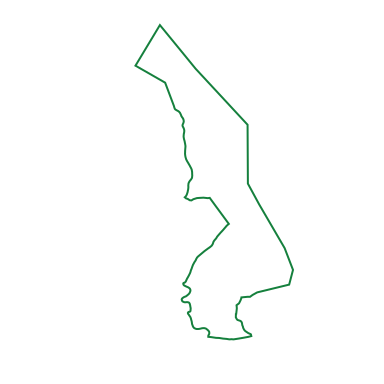 outline of Lombard, Praslin, Saint Lucia, rotated 50°
{"feature_id": "8701671B23610017259246", "entity_name": "Lombard", "entity_type": "district", "adm_level": 2, "iso_a3": "LCA", "parent_name": "Saint Lucia", "parent_adm1": "Praslin", "projection": "albers", "projection_center": [-60.914, 13.857], "detail": "fine", "context": "isolated", "style": "outline", "palette": "green", "viewbox_px": 384, "rotation_deg": 50, "n_neighbors": 0, "source": "geoboundaries", "source_scale": "gbopen_adm2", "svg_char_len": 5908}
<svg xmlns="http://www.w3.org/2000/svg" viewBox="0 0 384 384"><g transform="rotate(50 192 192)"><path d="M310.8,206.6L325.4,177.1L316.6,164.7L294.5,157.1L244.6,148.5L221.5,143.8L176.2,106.2L99.9,110.0L77.5,109.7L43.5,109.3L58.9,154.1L91.0,142.3L114.6,150.6L115.2,150.9L116.1,151.3L116.7,151.5L117.2,151.7L117.6,151.7L118.1,151.7L119.0,151.4L119.6,151.2L120.6,150.8L121.1,150.6L121.3,150.5L121.5,150.5L121.7,150.4L121.8,150.4L122.0,150.4L122.4,150.3L123.0,150.3L123.6,150.3L124.0,150.4L124.4,150.5L125.9,150.9L126.5,151.1L126.8,151.3L127.0,151.3L127.6,151.4L128.0,151.5L128.3,151.5L128.9,151.5L129.3,151.6L129.9,151.6L130.2,151.8L130.6,151.8L131.0,152.0L131.3,152.1L132.3,152.7L132.6,153.0L132.8,153.1L133.3,153.8L133.6,154.3L133.9,154.8L134.1,155.3L134.4,155.8L134.6,156.1L134.7,156.3L135.0,156.5L135.5,156.8L135.9,157.0L136.0,157.0L136.8,157.1L137.5,157.3L138.7,157.7L138.9,157.8L139.6,158.2L139.9,158.4L140.2,158.6L140.4,158.8L141.1,159.5L141.5,160.0L141.8,160.3L142.1,160.8L143.2,161.9L143.8,162.5L144.3,162.9L144.4,163.0L145.1,163.4L146.1,164.0L148.1,164.9L148.5,165.1L149.9,165.9L150.5,166.2L151.0,166.5L151.5,166.8L152.2,167.2L152.7,167.6L152.9,167.7L153.2,168.0L153.3,168.1L153.6,168.4L154.0,168.8L154.6,169.4L155.3,170.1L156.7,171.4L157.0,171.6L157.7,172.3L158.3,172.8L158.6,173.0L159.8,173.8L160.5,174.2L160.9,174.4L161.2,174.6L161.7,174.8L162.9,175.3L163.3,175.5L163.9,175.6L164.3,175.7L164.5,175.8L165.2,175.9L165.6,176.0L165.8,176.0L166.4,176.1L166.8,176.2L167.8,176.3L168.5,176.5L168.9,176.5L169.3,176.6L169.9,176.7L170.5,176.8L170.9,176.9L171.2,177.0L171.8,177.1L172.8,177.3L173.2,177.4L173.9,177.6L174.6,177.8L175.3,178.2L176.3,178.8L176.7,179.0L176.9,179.2L177.2,179.4L178.3,180.3L179.1,180.9L179.3,181.0L179.6,181.3L180.7,182.4L181.1,182.9L181.2,183.0L181.4,183.6L181.8,184.7L181.9,185.3L181.9,185.7L182.1,186.4L182.1,186.6L182.3,187.1L182.5,187.7L182.6,188.1L183.0,188.8L183.3,189.3L183.6,189.6L184.0,190.0L184.5,190.5L185.0,191.0L185.4,191.2L186.1,191.8L186.5,192.2L186.9,192.6L187.9,193.7L188.3,194.3L189.1,195.2L189.3,195.5L190.1,196.8L190.6,197.6L190.7,197.9L191.0,198.5L191.2,199.0L191.3,199.6L191.4,200.1L191.4,200.4L191.4,200.9L193.0,200.7L194.4,199.8L196.9,199.0L198.1,197.8L198.4,195.6L199.1,193.9L199.8,192.2L201.0,190.5L203.7,186.9L206.9,183.8L207.9,182.2L218.3,182.9L240.1,184.3L240.1,186.3L240.2,187.4L240.3,188.2L240.4,188.4L240.4,188.6L240.5,189.0L240.6,189.8L241.0,192.1L241.1,192.8L241.2,193.4L241.2,193.6L241.3,194.3L241.4,194.9L241.5,196.2L241.7,197.1L241.8,198.0L242.2,200.4L242.3,201.1L242.5,201.8L242.7,202.3L243.1,203.5L243.2,204.4L243.3,204.8L243.3,205.0L243.4,205.6L243.5,206.1L243.7,206.8L243.9,207.4L244.1,207.8L244.3,208.1L244.8,208.9L244.9,209.1L245.3,209.8L245.4,210.2L245.5,210.5L245.7,211.1L245.8,211.6L245.8,212.9L245.8,213.5L245.8,213.8L245.8,214.0L245.7,214.2L245.7,215.1L245.6,215.7L245.5,217.2L245.5,217.7L245.4,218.4L245.4,218.9L245.3,220.3L245.3,221.7L245.3,221.9L245.3,223.9L245.3,224.2L245.3,227.2L245.3,227.5L245.3,228.0L245.3,228.8L245.4,229.8L245.5,230.4L245.8,231.1L246.1,232.0L246.3,232.3L246.5,232.6L246.6,233.0L246.9,233.7L247.3,235.2L248.1,237.2L248.4,238.0L249.4,239.8L249.7,240.3L250.6,241.8L251.3,243.2L251.7,243.8L252.1,244.3L252.8,245.5L253.3,246.6L253.9,248.0L254.3,249.0L254.8,250.3L254.9,250.7L255.1,251.1L255.2,251.5L255.4,251.9L256.0,253.2L256.3,253.7L256.5,254.2L256.6,254.6L256.7,254.8L256.7,255.2L256.7,255.7L256.7,255.9L256.5,256.5L256.4,256.6L256.4,256.8L256.3,257.0L256.4,257.4L256.6,257.6L257.1,257.9L257.3,258.0L257.7,258.1L257.9,258.1L258.3,258.1L258.7,258.0L259.0,257.9L260.6,257.2L261.4,256.8L262.2,256.4L262.6,256.2L263.0,256.1L263.6,255.9L263.9,255.9L264.1,255.8L264.9,255.8L265.3,255.9L265.5,256.0L266.0,256.2L266.2,256.3L266.5,256.6L266.8,256.9L267.0,257.2L267.6,258.3L267.8,258.7L267.9,259.3L268.1,260.1L268.1,260.4L268.1,262.8L268.0,263.6L268.0,263.9L267.4,265.4L267.3,266.4L267.2,267.0L267.2,267.7L267.3,268.1L267.3,268.3L267.4,268.5L267.6,268.8L267.8,268.9L267.9,269.1L268.6,269.4L269.0,269.5L269.6,269.6L269.8,269.5L270.0,269.5L270.3,269.3L270.5,269.2L270.8,269.1L271.0,269.0L271.4,268.8L271.5,268.7L272.2,268.0L273.1,266.7L273.5,266.3L273.9,265.9L274.3,265.7L274.6,265.5L275.0,265.4L275.3,265.4L275.7,265.5L276.3,265.6L276.6,265.8L277.1,266.0L278.2,266.6L278.5,266.8L279.2,267.2L279.8,267.5L280.4,267.9L281.1,268.6L281.5,269.0L281.8,269.3L282.1,269.6L282.3,270.0L282.3,270.4L282.3,270.6L282.2,270.8L282.0,271.2L281.8,271.5L281.7,272.1L281.7,272.3L281.8,272.5L282.0,272.9L282.2,273.0L282.3,273.1L282.7,273.2L282.9,273.3L283.1,273.3L283.7,273.3L284.4,273.4L285.0,273.5L285.5,273.5L286.1,273.6L286.5,273.6L286.9,273.7L287.2,273.8L288.1,274.1L289.3,274.7L290.2,275.1L290.7,275.3L291.4,275.7L292.4,276.3L292.7,276.5L293.0,276.7L293.4,276.9L293.7,277.0L294.0,277.1L294.9,277.4L295.0,277.5L295.4,277.6L295.6,277.6L295.9,277.7L296.1,277.8L296.3,277.8L296.9,277.8L297.0,277.8L297.4,277.8L298.1,277.6L299.6,276.8L299.7,276.7L300.0,276.4L300.3,276.1L300.7,275.6L300.8,275.5L301.5,274.5L301.7,274.1L302.3,273.0L302.7,272.1L303.0,271.6L303.3,271.2L303.6,270.8L304.0,270.3L304.3,270.0L305.0,269.5L305.4,269.2L306.1,269.0L306.5,268.9L307.2,268.8L307.6,268.7L308.6,268.6L309.0,268.6L309.5,268.6L310.1,268.7L310.9,269.2L311.3,269.6L311.5,269.7L311.7,270.0L311.9,270.3L312.0,270.5L312.1,270.9L312.3,271.2L312.4,271.4L312.4,271.6L312.6,271.9L312.9,272.2L313.1,272.3L313.4,272.6L315.7,270.4L319.1,267.4L321.4,264.9L324.3,262.4L326.7,260.0L328.9,258.1L330.2,256.3L331.6,254.9L333.9,251.1L336.2,247.2L339.1,242.1L340.5,239.2L339.2,238.5L338.7,238.4L336.2,239.6L332.7,240.6L330.9,240.6L328.9,240.1L327.8,239.5L326.4,239.1L324.4,237.9L323.3,237.6L322.0,237.7L319.2,239.4L318.1,239.4L316.2,239.0L313.7,236.8L313.8,236.5L310.1,232.6L308.8,231.6L307.4,230.7L307.4,229.7L307.5,228.3L307.5,227.5L306.2,224.5L305.0,222.4L304.5,221.9L308.0,216.8L309.6,214.9L309.8,211.8L310.8,206.6Z" fill="none" stroke="#15803d" stroke-width="2"/></g></svg>